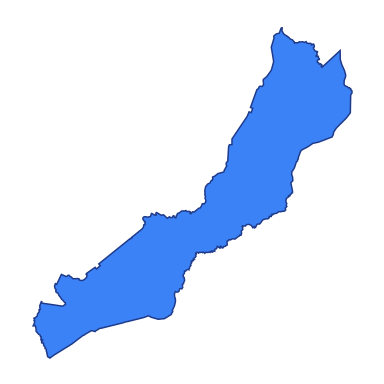 Kajiado East, Rift Valley, Kenya (Albers equal-area conic projection), rotated 268°
{"feature_id": "3690345B56316730609732", "entity_name": "Kajiado East", "entity_type": "district", "adm_level": 2, "iso_a3": "KEN", "parent_name": "Kenya", "parent_adm1": "Rift Valley", "projection": "albers", "projection_center": [37.165, -1.892], "detail": "fine", "context": "isolated", "style": "filled", "palette": "blue", "viewbox_px": 384, "rotation_deg": 268, "n_neighbors": 0, "source": "geoboundaries", "source_scale": "gbopen_adm2", "svg_char_len": 5954}
<svg xmlns="http://www.w3.org/2000/svg" viewBox="0 0 384 384"><g transform="rotate(268 192 192)"><path d="M179.1,285.4L182.4,286.2L184.0,288.7L184.8,288.4L184.9,289.8L186.0,290.0L186.4,290.9L187.6,291.7L187.7,292.4L189.3,292.5L197.8,291.1L199.8,293.2L203.7,293.0L206.0,292.2L209.1,292.6L209.8,293.4L212.6,295.2L218.1,297.2L219.4,298.5L220.4,298.7L221.6,299.5L222.7,299.4L228.4,301.8L229.9,302.7L233.4,309.8L236.4,314.5L237.4,320.2L242.1,333.9L244.3,335.1L246.9,335.7L250.9,338.5L260.4,348.7L265.6,353.0L282.2,353.9L284.1,354.2L284.9,355.1L285.7,355.4L287.3,355.4L288.1,355.0L288.4,354.3L289.5,354.3L289.7,353.7L290.7,353.1L290.7,351.8L291.8,350.9L292.9,348.4L294.5,347.7L298.1,348.0L302.1,349.6L303.9,349.6L308.1,348.6L313.9,346.2L319.2,344.8L328.2,345.0L312.1,326.3L312.8,325.7L313.2,326.1L313.7,325.6L314.3,326.3L314.6,326.2L315.7,324.8L315.3,323.9L315.5,323.5L316.5,323.2L317.1,322.5L317.1,321.9L318.9,321.8L319.8,322.8L320.0,323.9L320.4,323.9L320.9,323.8L321.6,323.0L323.2,323.0L323.5,321.9L323.2,320.9L323.5,320.7L324.9,321.8L326.9,321.7L327.2,322.2L327.9,322.3L328.6,320.0L330.9,318.6L331.9,318.4L332.5,319.1L333.8,319.4L335.6,318.7L335.6,317.9L335.0,317.4L334.8,316.5L335.4,316.5L336.3,316.0L336.6,312.3L338.3,311.2L337.6,309.8L338.3,307.7L338.1,305.3L338.4,304.4L337.4,303.1L337.6,300.9L337.2,299.6L338.6,299.4L338.9,298.8L340.0,298.2L340.7,297.4L341.3,295.7L343.6,293.7L343.7,293.0L344.4,292.6L346.1,289.9L347.2,288.9L350.2,287.5L352.9,287.9L353.0,287.6L352.7,286.8L347.6,284.7L347.1,281.9L345.5,279.6L344.9,279.2L342.8,279.3L334.0,276.3L320.1,278.1L318.5,277.9L310.9,275.5L304.7,270.7L302.0,267.2L300.9,267.0L297.4,267.3L295.4,266.4L295.0,265.6L295.4,264.1L295.3,263.5L294.6,262.6L293.1,262.1L292.0,260.4L274.4,253.4L273.5,255.6L269.3,253.9L270.1,251.8L265.8,249.9L243.6,233.8L238.0,233.6L237.9,231.0L236.2,230.2L221.7,228.8L219.8,227.2L218.2,227.1L217.1,227.7L212.4,224.9L211.2,224.7L210.8,224.2L209.5,218.5L207.0,215.2L206.4,213.3L206.0,213.0L204.3,213.3L203.1,212.7L203.2,212.4L202.5,211.4L200.5,210.4L199.4,208.0L196.9,205.8L192.8,204.8L189.9,205.0L189.0,204.6L187.4,205.3L185.5,204.8L182.9,205.6L181.1,205.1L179.6,203.6L180.0,202.6L179.9,201.9L177.6,200.9L175.8,199.7L175.6,198.3L171.8,193.3L172.2,191.9L170.3,190.0L170.8,189.3L172.0,189.7L172.7,188.9L172.7,186.3L173.7,185.2L173.2,183.9L173.4,183.1L173.3,180.8L171.6,178.7L171.2,177.1L170.8,176.6L169.2,176.0L168.4,175.2L167.2,175.3L166.8,174.9L166.9,174.1L167.6,173.5L168.8,173.1L168.9,172.5L167.3,171.4L167.1,169.7L168.0,168.6L166.6,166.3L170.1,162.9L170.2,162.0L169.7,160.8L172.7,155.9L172.3,155.2L171.6,155.1L170.4,155.4L170.0,154.9L170.1,154.2L172.0,151.0L171.6,150.5L169.4,149.9L168.9,149.2L168.4,147.2L169.0,144.0L168.7,142.8L167.9,142.1L166.5,142.0L164.6,143.3L163.9,143.4L163.7,144.2L161.1,143.7L161.0,142.8L158.5,142.2L157.1,141.2L148.7,130.0L148.3,130.3L147.1,128.5L147.4,128.3L123.4,96.3L121.5,97.7L118.4,93.8L120.1,92.5L114.2,83.6L113.3,83.4L113.0,84.2L110.5,83.7L109.2,82.5L107.6,80.2L107.4,78.9L107.7,77.1L108.2,76.1L109.0,76.2L109.5,74.9L109.4,70.1L111.1,68.6L111.9,67.2L113.1,66.2L113.1,65.3L112.1,64.0L112.0,63.1L114.2,58.6L104.5,53.6L105.2,52.3L103.0,51.4L101.1,51.5L100.0,52.0L99.2,52.8L98.1,52.4L96.8,52.6L96.0,53.5L95.8,54.4L93.1,55.5L90.9,57.2L89.5,57.8L88.4,59.1L86.0,60.9L85.8,61.4L84.3,61.7L82.4,58.8L86.2,38.0L87.5,38.1L87.7,37.6L83.5,35.8L82.6,36.1L81.4,35.8L80.2,36.3L79.7,35.9L79.6,35.0L77.7,35.2L75.7,33.5L73.2,32.8L72.3,31.5L71.7,31.1L71.6,29.8L71.3,29.6L69.9,30.1L69.1,29.7L69.0,30.2L66.6,30.0L65.5,29.4L64.6,29.3L64.3,28.7L63.7,28.6L63.9,30.5L63.6,30.8L60.5,31.4L58.3,31.3L55.3,33.7L54.2,35.2L52.6,35.6L52.4,36.3L50.2,35.9L50.4,36.3L49.3,36.8L49.2,37.6L48.6,37.2L48.6,36.4L47.8,36.5L47.0,37.0L46.6,36.5L46.3,36.7L46.4,38.0L45.3,38.5L44.0,38.3L41.7,39.9L40.7,39.7L40.6,40.2L39.8,40.9L38.0,40.8L36.4,41.5L35.9,41.3L32.5,42.0L31.7,42.9L31.6,43.8L31.0,44.2L33.8,48.3L44.3,66.6L52.5,78.1L52.6,78.9L53.6,80.3L56.8,86.4L56.8,87.6L55.9,90.3L56.6,90.9L59.0,95.3L59.0,96.4L63.7,118.6L64.6,121.4L64.7,122.8L66.3,130.3L68.2,139.2L69.7,143.9L69.7,144.6L68.3,146.7L66.0,153.8L66.4,160.1L70.4,167.1L71.5,167.4L73.1,168.6L74.2,168.2L78.9,170.5L82.9,171.6L85.5,171.7L88.0,171.0L90.5,170.9L92.3,171.5L93.1,172.1L92.5,173.3L92.6,174.7L93.1,175.4L95.6,176.3L96.0,177.0L95.5,178.4L96.9,179.4L99.7,179.1L100.8,180.4L101.6,180.4L103.7,181.5L106.1,181.3L107.0,181.1L107.5,180.5L109.1,180.1L111.1,181.6L113.1,181.7L113.1,182.8L114.4,184.0L114.7,185.4L114.4,186.2L115.0,186.1L115.6,186.8L117.0,187.0L118.7,188.4L119.3,188.1L120.4,188.4L121.4,189.3L122.6,188.9L122.6,189.5L123.5,189.9L123.2,190.4L123.4,190.9L124.3,191.1L124.4,191.6L124.8,191.0L125.1,191.0L126.7,193.1L127.7,193.7L128.1,193.3L129.6,194.0L130.2,194.1L130.3,193.5L130.9,193.8L131.6,194.7L131.3,195.9L130.7,196.3L131.5,197.5L131.2,197.8L131.5,199.6L131.4,200.4L131.1,200.5L131.4,201.4L130.4,202.5L130.7,202.6L130.8,203.2L131.1,203.2L131.3,203.8L131.0,205.5L131.3,206.5L131.1,207.3L131.4,207.9L131.1,208.1L132.4,209.3L132.2,209.8L131.3,209.9L131.2,210.6L132.4,211.4L132.0,212.7L134.1,212.9L134.4,214.5L136.8,215.4L135.0,217.8L135.1,218.3L136.4,218.2L136.8,218.5L136.5,219.4L135.1,220.1L135.1,221.0L136.3,221.8L136.5,223.1L137.9,225.4L141.4,225.2L141.9,225.8L142.1,226.9L142.9,227.0L143.1,228.1L142.8,229.0L143.8,230.5L143.5,233.4L145.9,236.6L146.3,237.6L147.3,238.2L147.5,238.5L147.0,239.0L147.2,239.6L148.8,240.1L151.4,239.9L152.7,241.5L153.9,241.3L155.1,241.6L155.9,240.8L156.2,241.1L156.4,242.2L156.1,244.2L157.5,245.4L157.7,247.8L156.5,250.2L154.3,251.4L154.9,252.2L153.9,253.0L153.9,253.4L154.5,254.2L155.3,253.8L155.4,254.8L157.1,255.6L157.7,256.5L157.6,258.1L158.0,258.9L161.8,261.9L162.5,264.4L162.6,267.0L163.6,268.3L164.9,268.4L164.8,270.4L166.4,270.6L166.9,271.0L166.3,271.5L166.4,272.1L167.2,272.4L167.9,276.1L169.3,277.9L169.2,280.4L169.6,281.5L169.5,283.1L169.8,283.9L170.7,285.0L172.6,284.6L174.2,286.3L175.5,285.7L177.3,286.3L179.1,285.4Z" fill="#3b82f6" stroke="#1e3a8a" stroke-width="1.5"/></g></svg>